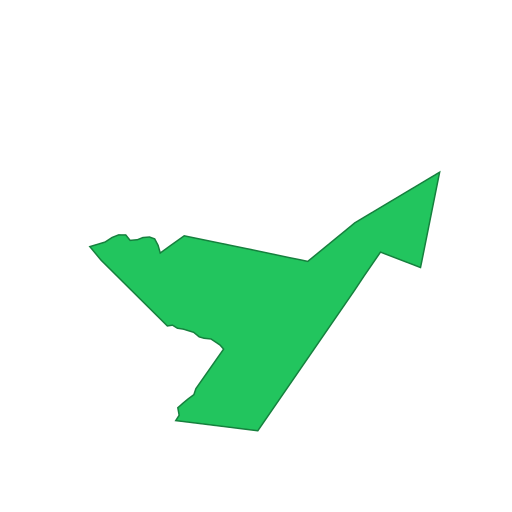 outline of Itaú, Rio Grande do Norte, Brazil, rotated 38°
{"feature_id": "56859067B48438751115666", "entity_name": "Itaú", "entity_type": "district", "adm_level": 2, "iso_a3": "BRA", "parent_name": "Brazil", "parent_adm1": "Rio Grande do Norte", "projection": "mercator", "projection_center": [-37.937, -5.8], "detail": "fine", "context": "isolated", "style": "filled", "palette": "green", "viewbox_px": 512, "rotation_deg": 38, "n_neighbors": 0, "source": "geoboundaries", "source_scale": "gbopen_adm2", "svg_char_len": 732}
<svg xmlns="http://www.w3.org/2000/svg" viewBox="0 0 512 512"><g transform="rotate(38 256 256)"><path d="M349.1,76.9L313.5,168.8L311.6,177.4L301.9,220.5L300.1,228.4L293.5,231.6L283.2,236.8L250.1,253.0L187.0,284.3L182.5,299.4L178.7,312.6L172.3,307.9L165.6,304.9L160.4,306.6L155.5,311.1L152.6,316.1L147.2,321.2L140.4,319.6L134.7,324.0L131.2,330.0L128.5,337.9L119.3,350.9L136.6,354.7L229.2,365.7L232.8,361.9L238.5,361.3L243.7,358.4L253.9,354.5L261.0,354.7L265.7,352.8L271.6,349.1L282.4,348.3L287.8,349.3L290.3,397.5L292.4,403.5L290.5,410.4L289.2,416.3L287.8,423.7L293.5,428.8L294.1,435.1L365.0,392.6L354.8,222.7L353.4,204.5L351.7,176.3L392.7,163.8L389.9,158.1L349.1,76.9Z" fill="#22c55e" stroke="#15803d" stroke-width="1.5"/></g></svg>